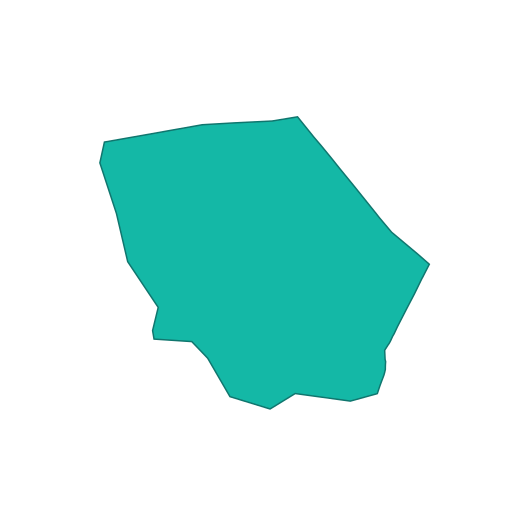 outline of Um Dafoug, Southern Darfur, Sudan, rotated 232°
{"feature_id": "16777658B44845642747034", "entity_name": "Um Dafoug", "entity_type": "district", "adm_level": 2, "iso_a3": "SDN", "parent_name": "Sudan", "parent_adm1": "Southern Darfur", "projection": "equal_earth", "projection_center": [23.612, 10.562], "detail": "fine", "context": "isolated", "style": "filled", "palette": "teal", "viewbox_px": 512, "rotation_deg": 232, "n_neighbors": 0, "source": "geoboundaries", "source_scale": "gbopen_adm2", "svg_char_len": 830}
<svg xmlns="http://www.w3.org/2000/svg" viewBox="0 0 512 512"><g transform="rotate(232 256 256)"><path d="M406.8,267.5L426.9,229.6L439.1,206.7L425.5,190.3L375.4,172.2L330.5,151.4L275.7,147.3L260.9,128.6L253.3,124.5L228.1,152.7L205.2,155.0L161.2,148.9L126.8,172.9L123.5,202.2L83.6,241.0L73.2,266.0L72.9,266.9L74.1,268.7L77.6,274.0L80.0,277.9L83.2,283.2L85.1,285.8L87.0,288.1L88.9,289.6L90.7,291.1L92.9,293.1L95.1,294.1L102.4,299.3L102.7,299.9L104.6,305.3L105.1,307.0L105.9,308.9L106.5,310.2L108.6,314.2L109.7,317.0L113.2,323.9L121.8,342.5L128.6,357.5L136.3,373.3L136.4,373.7L142.8,387.5L157.5,384.7L191.2,377.5L210.2,376.8L214.9,376.8L251.9,376.3L274.1,375.8L285.4,375.7L302.2,375.3L313.8,374.8L340.1,374.4L352.5,351.7L374.5,320.5L392.5,294.5L404.2,272.4L406.8,267.5Z" fill="#14b8a6" stroke="#0f766e" stroke-width="1.5"/></g></svg>